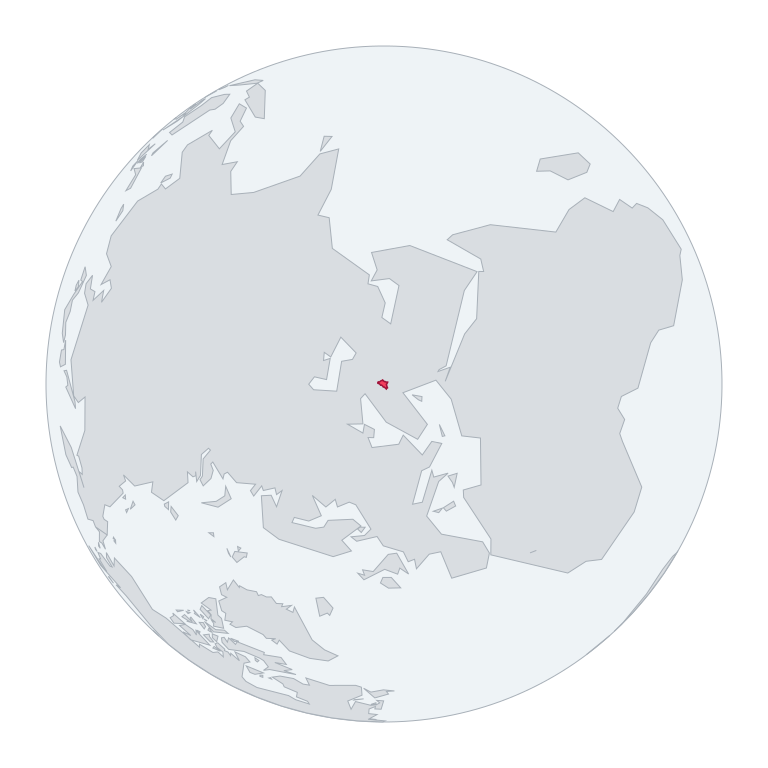 Diyarbakir on an orthographic globe, rotated 227°
{"feature_id": "TUR-2309", "entity_name": "Diyarbakir", "entity_type": "Province", "adm_level": 1, "iso_a3": "TUR", "parent_name": "Turkey", "parent_adm1": "", "projection": "orthographic", "projection_center": [40.236, 38.057], "detail": "coarse", "context": "on_globe", "style": "filled", "palette": "rose", "viewbox_px": 768, "rotation_deg": 227, "n_neighbors": 0, "source": "natural_earth", "source_scale": "10m", "svg_char_len": 11084}
<svg xmlns="http://www.w3.org/2000/svg" viewBox="0 0 768 768"><g transform="rotate(227 384 384)"><circle cx="384" cy="384" r="338" fill="#eef3f6" stroke="#a8b0b8"/><path d="M340.3,48.9L366.3,48.6L405.0,51.0L419.9,51.1L414.6,52.4L444.5,53.1L467.2,57.8L439.9,53.2L435.8,53.4L450.4,56.4L449.4,57.5L455.8,59.9L453.3,61.2L437.6,59.4L435.6,60.4L446.1,62.6L450.1,66.0L435.1,62.5L440.6,68.2L415.3,68.1L377.1,60.9L361.3,65.0L317.3,69.6L319.6,71.6L304.3,75.8L301.3,79.8L294.0,80.4L297.9,83.4L305.1,82.2L309.2,83.3L308.1,85.9L298.6,86.7L297.8,85.5L294.4,87.1L290.1,86.6L291.6,88.3L280.2,89.5L289.7,92.3L279.1,96.6L272.1,96.4L275.3,91.2L266.7,80.5L260.6,80.2L248.7,84.1L221.2,101.7L213.3,104.1L200.9,111.1L204.1,111.7L214.9,106.6L217.6,110.3L230.6,104.5L233.6,105.5L245.8,102.4L241.3,108.8L230.2,117.0L219.8,120.1L214.6,124.1L222.3,126.4L200.8,138.5L183.0,157.7L177.7,160.7L171.4,155.7L176.9,141.3L168.6,138.1L171.2,146.6L157.9,155.3L154.6,159.7L153.7,163.4L157.6,162.9L152.5,167.6L148.1,160.1L152.6,155.7L154.0,157.8L156.5,151.5L153.4,148.0L147.0,153.5L149.2,144.9L144.6,149.0L142.5,149.9L149.7,143.7L136.8,155.1L137.6,152.7L156.0,134.6L175.7,117.9L196.6,102.8L218.6,89.3L241.6,77.6L265.3,67.6L289.8,59.5L314.9,53.2L340.3,48.9ZM48.1,347.3L47.1,358.9L46.2,375.2L46.1,377.8L48.1,347.3ZM46.1,383.8L46.2,389.2L46.2,394.0L51.4,432.7L58.4,461.4L61.1,477.6L61.0,483.1L61.6,485.2L54.8,460.4L50.0,435.1L47.0,409.6L46.1,383.8ZM361.4,47.1L356.4,47.5L353.1,47.5L356.9,47.2L361.4,47.1ZM430.8,51.4L422.8,50.3L430.9,51.1L430.8,51.4ZM457.2,60.0L459.8,60.2L462.0,61.4L457.2,60.0ZM247.5,99.3L246.6,100.8L244.8,100.5L247.5,99.3ZM253.6,96.7L252.1,95.3L254.8,93.9L255.7,94.8L253.6,96.7ZM460.2,64.8L463.0,67.2L457.4,64.4L460.2,64.8ZM254.9,98.8L259.7,91.6L264.5,89.3L271.8,91.0L254.9,98.8ZM462.9,68.4L470.0,75.1L476.3,75.6L462.4,78.6L461.0,71.5L453.1,67.6L460.0,69.2L462.9,68.4ZM307.9,80.8L300.1,82.1L307.6,78.8L307.9,80.8ZM311.7,78.5L328.9,68.1L339.8,68.0L331.8,71.2L346.8,69.8L343.7,74.7L334.7,76.7L328.3,75.6L332.0,78.4L311.7,78.5ZM453.5,79.5L452.9,81.2L450.5,79.2L453.5,79.5ZM311.4,83.5L313.9,81.2L323.6,80.9L320.3,85.5L318.2,84.1L311.4,83.5ZM352.3,67.3L358.9,68.2L358.1,72.3L360.6,73.3L344.5,74.9L352.3,67.3ZM315.5,85.5L318.4,88.0L312.8,90.6L309.6,85.8L315.5,85.5ZM327.4,78.9L331.9,79.1L328.3,80.5L327.4,78.9ZM294.7,102.4L297.5,99.0L302.7,98.4L294.7,102.4ZM319.8,88.8L321.8,87.9L324.1,87.4L324.9,89.7L319.8,88.8ZM345.1,77.9L343.4,79.7L351.6,77.5L351.4,80.9L340.7,81.5L345.2,82.7L345.2,83.8L336.6,83.2L345.1,77.9ZM332.8,90.7L319.1,93.4L312.8,99.4L307.9,99.9L319.0,90.3L332.8,90.7ZM335.7,86.3L332.8,89.1L328.3,88.0L327.5,85.5L335.7,86.3ZM355.1,83.2L358.2,77.7L360.4,77.9L355.1,83.2ZM331.8,92.6L335.1,92.0L331.9,93.1L331.8,92.6ZM349.0,86.2L349.7,84.1L352.3,84.3L349.0,86.2ZM341.1,92.6L336.7,93.4L336.0,91.5L341.1,92.6ZM345.4,89.8L348.7,90.6L338.4,90.4L345.4,88.8L345.4,89.8ZM351.2,86.7L352.9,86.1L350.5,87.6L351.2,86.7ZM346.2,99.6L333.4,99.8L331.9,95.6L344.6,95.8L346.2,99.6ZM119.8,479.7L107.3,423.5L116.5,410.9L120.4,389.5L186.2,345.6L197.7,356.5L246.7,364.9L252.4,369.7L244.0,386.1L278.7,417.7L293.0,405.5L327.1,422.8L351.4,424.6L364.7,391.9L324.9,388.2L320.6,370.9L354.6,359.6L389.8,363.5L389.3,356.9L369.2,341.4L379.5,329.9L362.5,335.1L367.8,342.2L357.3,346.0L351.8,339.9L355.7,335.8L345.7,331.9L329.9,353.7L333.5,363.2L306.0,363.6L309.4,379.8L301.1,385.7L292.3,360.7L294.9,352.4L276.6,322.9L271.4,331.4L288.3,360.2L282.0,356.9L275.1,370.1L275.4,357.5L258.3,325.1L235.0,323.6L201.3,348.5L188.5,345.8L179.6,333.4L195.8,301.1L222.6,311.1L228.7,301.0L226.7,281.7L235.0,286.8L237.5,280.5L248.0,283.7L266.1,273.1L277.2,274.9L287.6,256.8L294.7,255.7L286.5,266.4L286.8,275.5L314.9,281.0L321.3,278.0L325.8,266.1L332.9,269.7L333.7,257.6L351.4,255.6L330.4,248.3L335.1,235.5L347.6,227.4L345.4,222.2L325.1,235.6L320.4,242.4L322.4,250.1L306.3,269.0L295.9,270.3L298.5,246.6L284.1,246.3L292.4,229.1L342.1,201.3L361.2,197.8L385.9,218.1L379.6,225.6L367.5,221.7L375.6,236.8L376.4,230.0L382.4,233.4L388.4,223.1L392.9,225.1L390.9,212.3L397.1,213.6L398.3,221.7L412.4,208.9L426.2,209.4L427.2,205.7L424.4,201.5L443.7,205.6L443.6,202.7L437.3,200.2L432.9,193.0L432.8,182.3L439.5,184.2L440.5,188.4L452.5,200.6L454.0,212.0L456.7,211.8L457.0,202.4L442.3,187.4L440.4,180.5L448.4,186.5L445.3,183.8L446.4,181.0L453.8,180.3L445.5,173.4L448.8,143.4L463.4,140.1L470.1,148.2L479.4,132.1L495.2,131.5L489.3,128.9L489.8,120.6L484.9,120.6L482.1,118.8L481.1,99.8L486.1,97.5L479.0,88.1L475.9,87.0L471.8,88.0L462.4,78.6L476.3,75.6L482.5,78.1L487.1,75.3L500.5,81.8L513.7,86.5L525.8,96.5L535.2,100.0L535.9,98.6L549.2,103.1L574.2,118.6L550.9,112.0L512.8,93.9L528.1,101.3L523.7,101.7L528.6,105.9L539.5,111.5L541.3,110.8L554.1,133.6L578.4,156.5L578.9,147.8L587.0,149.0L615.2,171.6L643.5,221.4L654.6,226.9L660.5,234.5L662.3,245.0L653.8,234.1L648.7,235.6L643.6,228.3L643.6,242.8L636.4,233.1L639.9,249.9L647.1,254.7L649.7,244.9L655.9,264.6L668.5,269.9L678.4,285.5L685.8,328.6L680.7,351.5L682.1,357.6L675.7,357.2L673.7,374.9L691.1,394.5L692.9,403.4L686.6,431.5L685.3,425.4L668.3,424.0L669.9,447.2L683.0,453.4L687.6,469.3L679.6,471.6L674.3,458.0L668.2,457.0L666.5,437.8L654.9,415.3L646.6,428.3L644.0,416.9L626.8,401.5L613.0,419.3L593.3,464.4L596.0,494.0L586.8,511.2L562.3,478.1L552.6,450.9L543.0,457.3L518.4,438.7L473.8,447.7L468.2,440.6L459.6,445.9L442.5,440.2L434.1,427.8L423.4,429.9L445.8,462.1L457.4,459.9L468.1,445.0L472.1,456.8L488.7,464.6L467.7,497.3L402.7,528.7L397.6,506.5L354.9,441.8L356.9,434.3L356.8,433.5L356.3,432.0L351.1,443.9L344.2,430.6L365.6,477.1L368.6,496.3L401.7,530.1L398.3,533.6L409.4,540.0L446.4,528.6L446.3,536.0L428.0,570.4L377.9,613.3L385.4,638.3L383.2,657.9L353.8,669.2L358.3,682.2L343.4,685.5L343.8,691.9L332.9,697.1L314.0,699.9L279.9,693.3L276.2,688.0L256.7,673.2L229.1,635.6L236.0,621.7L232.3,607.2L207.8,566.9L213.0,549.1L206.9,538.4L193.9,535.8L187.0,522.6L179.3,519.2L132.8,502.2L119.8,479.7ZM160.9,375.6L158.5,381.7L158.4,381.8L160.9,375.6ZM425.7,384.8L447.7,384.4L440.1,363.5L447.9,361.9L442.4,355.8L439.4,362.1L426.4,345.0L436.7,338.0L435.2,328.8L427.8,328.6L411.0,344.5L429.5,368.5L423.5,377.7L425.7,384.8ZM158.2,155.7L158.4,156.4L156.4,160.7L155.2,159.9L158.2,155.7ZM160.7,175.0L152.4,182.3L157.5,176.1L154.2,175.8L160.7,163.2L175.4,161.6L167.6,164.3L160.7,175.0ZM173.4,147.0L167.6,154.4L173.4,146.4L173.4,147.0ZM240.9,245.7L243.3,251.3L237.6,257.4L223.5,257.2L231.6,248.1L240.9,245.7ZM248.0,258.1L254.5,235.8L263.5,235.8L257.4,239.4L262.7,241.6L254.2,248.2L256.5,270.9L251.6,277.9L228.2,272.4L238.6,270.0L235.6,264.3L248.0,258.1ZM255.1,186.3L258.0,178.6L273.8,188.1L269.2,194.3L254.9,193.9L251.8,186.5L255.1,186.3ZM267.0,103.9L267.1,101.8L269.7,101.4L271.8,102.9L267.0,103.9ZM295.6,100.8L269.3,113.4L268.1,111.4L254.2,122.2L245.5,121.3L254.8,114.2L237.7,122.1L242.7,115.3L231.5,121.5L253.1,105.7L256.8,100.6L256.0,106.5L263.8,107.3L268.3,106.1L283.9,99.2L295.9,89.4L305.5,89.4L309.2,92.0L307.8,94.3L302.0,93.4L304.3,97.2L294.8,97.8L295.6,100.8ZM346.6,132.8L340.3,129.1L343.4,140.2L333.9,139.4L334.9,140.8L326.9,143.4L319.0,149.1L315.0,147.8L313.6,150.7L308.4,152.8L305.1,156.4L296.9,155.6L292.3,160.1L291.0,157.2L285.2,165.3L285.9,159.0L279.1,161.6L282.0,166.4L245.8,156.9L230.1,159.2L216.6,164.9L219.5,154.3L234.0,142.6L253.3,132.8L268.1,132.7L266.7,128.4L273.3,127.2L271.6,131.1L278.2,124.5L283.2,124.7L300.5,118.4L306.9,109.6L313.4,107.5L313.4,111.0L319.8,106.5L324.2,111.9L328.9,110.7L338.0,115.2L335.2,123.5L340.7,121.5L347.8,125.4L346.6,132.8ZM348.5,101.0L347.4,110.2L341.6,114.5L328.3,104.9L323.4,105.3L314.7,100.1L323.2,94.2L324.9,96.1L328.6,96.7L324.4,98.3L330.5,97.4L333.0,100.2L338.4,100.5L336.6,103.3L348.5,101.0ZM260.6,364.9L265.3,366.9L273.0,368.0L268.8,376.6L260.6,364.9ZM248.5,342.9L253.0,343.0L250.8,355.0L245.9,353.2L248.5,342.9ZM257.3,333.3L253.4,342.1L252.6,336.3L257.3,333.3ZM290.9,266.1L295.9,265.8L295.7,268.8L292.1,272.5L290.9,266.1ZM353.7,168.7L351.1,165.1L353.0,163.9L353.8,154.7L361.0,155.0L363.3,160.7L353.7,168.7ZM356.9,397.2L348.9,403.2L345.6,399.8L349.0,398.4L356.9,397.2ZM305.9,390.9L316.7,396.9L304.6,393.2L305.9,390.9ZM361.6,167.4L361.1,163.5L365.0,166.1L361.6,167.4ZM366.2,154.8L371.0,157.0L361.9,154.0L366.2,154.8ZM442.0,651.7L420.6,683.7L404.3,684.8L400.5,676.7L407.8,657.8L426.5,650.9L435.5,640.7L442.0,651.7ZM710.8,468.3L712.3,463.8L712.0,465.2L710.8,468.3ZM709.5,470.0L711.8,464.0L708.5,473.8L709.5,470.0ZM712.5,461.6L714.8,452.6L715.8,447.8L715.2,450.8L712.5,461.6ZM707.6,474.4L694.5,497.1L688.4,502.7L690.6,496.2L700.6,483.0L707.6,474.4ZM690.1,496.8L679.7,497.4L659.7,477.4L667.0,471.9L686.7,476.1L685.6,481.2L692.0,483.2L690.1,496.8ZM712.2,440.1L711.0,453.2L704.5,465.0L701.1,468.8L698.9,457.7L700.2,447.8L703.2,443.4L710.7,398.8L714.2,398.7L712.8,415.5L715.4,420.4L712.2,440.1ZM597.6,496.0L606.0,509.2L600.5,514.8L597.6,496.0ZM710.6,372.7L709.7,391.9L709.5,369.6L710.6,372.7ZM708.6,354.1L710.2,359.5L707.7,356.9L708.6,354.1ZM685.0,365.9L682.0,372.2L680.4,368.1L683.3,357.8L685.0,365.9ZM686.0,298.9L691.6,311.2L693.1,316.3L688.9,311.2L686.0,298.9ZM421.7,169.4L412.6,181.3L410.8,191.3L417.2,198.5L404.3,194.0L407.1,178.6L421.7,169.4ZM444.7,146.1L439.1,140.7L444.0,140.2L446.0,141.4L444.7,146.1ZM439.6,144.8L428.0,143.7L426.5,138.9L435.9,140.7L439.6,144.8ZM394.7,154.4L391.5,157.8L388.4,155.5L394.7,154.4ZM720.9,410.3L720.6,413.8L720.5,414.2L720.9,410.3ZM716.7,419.3L717.4,424.2L719.5,411.9L717.8,424.4L718.2,431.3L717.3,437.6L717.2,429.7L715.4,444.9L714.4,448.1L714.8,438.4L716.4,420.9L717.3,411.8L720.5,395.5L716.7,419.3ZM721.6,395.9L721.5,389.6L721.4,382.3L721.7,384.4L721.6,395.9ZM719.1,375.6L716.5,371.5L715.7,380.6L715.8,356.2L718.6,364.0L719.1,375.6ZM714.5,358.9L713.9,367.2L713.5,354.1L714.5,358.9ZM712.9,365.1L711.2,358.8L712.5,355.9L712.9,365.1ZM715.2,356.6L712.6,344.0L714.7,348.9L715.2,356.6ZM706.4,345.1L712.0,348.1L707.5,354.0L700.0,332.2L701.4,327.1L706.4,345.1ZM668.0,231.7L663.6,226.9L662.8,221.4L666.1,226.2L668.0,231.7ZM656.1,201.2L661.2,218.4L664.5,233.4L666.8,233.1L673.6,245.4L666.4,240.4L659.1,222.7L657.8,213.3L651.1,204.0L646.1,193.3L637.1,184.5L632.8,177.9L640.5,183.3L656.1,201.2ZM633.2,181.1L615.7,164.4L617.2,159.1L621.4,161.6L628.8,171.3L627.5,173.4L633.2,181.1ZM611.9,159.0L610.5,161.2L581.9,146.0L576.3,141.6L598.8,149.2L598.7,151.9L605.5,156.9L611.9,159.0ZM456.5,81.7L453.2,81.2L455.7,80.5L456.5,81.7ZM479.3,119.1L476.0,116.5L479.0,115.4L479.3,119.1ZM468.2,109.2L467.2,112.2L465.5,108.1L468.2,109.2ZM465.4,119.5L465.4,113.0L469.4,120.5L465.4,119.5Z" fill="#d9dde1" stroke="#a8b0b8" stroke-width="1"/><path d="M388.7,380.0L389.3,380.5L389.3,381.0L389.5,381.2L389.5,381.3L388.8,381.6L388.7,381.8L388.5,382.7L388.5,383.6L388.2,384.6L387.7,385.1L387.9,385.7L387.6,385.8L386.0,385.8L385.5,385.9L385.2,386.4L384.8,386.4L383.6,387.2L382.9,388.0L382.7,387.8L382.4,387.0L382.2,385.5L381.8,385.3L381.7,385.4L380.1,384.3L379.5,384.3L379.1,384.1L379.3,383.9L379.4,383.3L379.3,383.1L378.9,383.3L378.8,383.2L379.0,382.6L378.8,382.3L379.4,382.2L380.2,382.3L380.9,382.1L381.6,382.1L381.9,382.0L382.2,381.4L382.4,381.4L382.8,381.6L384.8,381.5L385.1,381.2L385.2,380.9L385.4,380.7L387.1,380.8L388.7,380.0Z" fill="#f43f5e" stroke="#9f1239" stroke-width="1.5"/></g></svg>